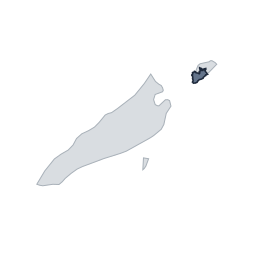 Pante Macassar, Ambeno, East Timor (highlighted), rotated 162°
{"feature_id": "22284137B41915999739632", "entity_name": "Pante Macassar", "entity_type": "district", "adm_level": 2, "iso_a3": "TLS", "parent_name": "East Timor", "parent_adm1": "Ambeno", "projection": "orthographic", "projection_center": [124.394, -9.27], "detail": "fine", "context": "in_parent", "style": "filled", "palette": "slate", "viewbox_px": 256, "rotation_deg": 162, "n_neighbors": 0, "source": "geoboundaries", "source_scale": "gbopen_adm2", "svg_char_len": 3857}
<svg xmlns="http://www.w3.org/2000/svg" viewBox="0 0 256 256"><g transform="rotate(162 128 128)"><path d="M89.7,172.3L87.5,163.8L85.2,160.2L83.3,158.2L82.7,155.6L82.8,153.0L83.9,151.8L91.8,151.5L94.9,147.1L94.9,141.9L93.3,140.2L91.8,139.5L83.7,143.3L81.4,142.6L80.0,141.2L80.4,135.5L87.1,130.1L92.8,120.3L96.8,116.5L106.1,112.8L109.8,111.8L136.8,106.5L143.2,106.2L160.3,106.4L183.2,105.4L188.9,104.7L196.2,102.4L203.3,99.5L207.1,97.2L211.1,95.6L216.9,97.7L226.9,99.4L229.6,100.8L232.1,102.7L220.4,112.9L207.6,121.3L199.8,123.8L191.7,125.5L185.5,128.8L180.2,133.9L173.6,136.8L166.1,137.7L159.6,139.2L153.8,142.2L145.7,147.4L142.4,147.9L138.9,147.7L132.2,149.7L111.4,157.1L98.7,165.3L89.7,172.3ZM23.9,161.2L34.3,155.7L49.9,151.4L49.6,154.6L47.9,159.5L45.6,161.7L42.0,165.9L39.6,166.8L30.2,165.9L29.0,166.5L27.4,166.1L25.0,163.4L23.9,161.2ZM126.8,83.7L122.5,94.8L117.9,92.4L122.8,86.2L125.2,84.4L126.8,83.7Z" fill="#d9dde1" stroke="#a8b0b8" stroke-width="1"/><path d="M41.3,163.2L41.4,162.9L41.3,162.7L41.5,162.4L41.5,162.2L41.5,161.7L41.5,161.4L41.4,161.3L41.1,161.2L41.1,160.9L41.0,160.7L40.9,160.6L40.8,160.4L41.0,160.2L40.9,160.1L41.0,159.9L41.3,159.8L41.6,160.0L41.8,160.0L42.0,160.0L42.4,159.9L42.5,159.9L42.8,159.7L42.9,159.4L42.8,159.0L42.8,158.9L42.7,158.7L42.6,158.3L42.6,158.2L42.8,158.0L43.2,157.9L43.3,157.9L43.2,157.8L43.3,157.7L43.5,157.6L43.5,157.8L43.5,158.0L43.8,158.4L43.9,158.5L44.0,158.5L44.2,158.4L44.4,158.4L44.5,158.4L44.7,158.6L45.1,159.0L45.5,159.1L45.8,159.2L45.9,159.4L46.0,159.4L46.2,159.5L46.1,159.8L46.1,160.0L46.2,160.3L46.5,160.3L46.5,160.5L46.8,160.5L46.9,160.8L47.0,160.9L47.2,161.0L47.3,161.1L47.5,161.0L47.7,160.9L47.8,160.9L47.8,161.0L48.0,160.8L48.3,160.8L48.5,160.8L48.7,160.7L48.8,160.6L49.0,160.6L49.3,160.6L49.4,160.8L49.6,160.7L49.5,160.3L49.6,160.2L49.6,159.9L49.6,159.7L49.8,159.4L50.0,159.2L50.1,158.9L50.3,159.0L50.6,159.1L50.7,158.9L50.9,158.8L51.0,158.6L51.1,158.3L51.1,158.2L50.9,157.9L50.8,157.6L50.7,157.5L50.6,157.4L50.7,157.2L50.6,156.7L50.6,156.4L50.7,156.2L50.8,156.0L50.9,155.9L51.0,155.7L51.1,155.3L51.3,155.3L51.3,155.2L51.2,154.8L51.3,154.8L51.3,154.7L51.4,154.4L51.3,154.2L51.4,153.9L51.3,153.7L51.4,153.4L51.4,153.2L51.4,152.8L51.5,152.7L51.7,152.4L51.8,152.3L52.0,152.3L52.0,152.2L52.3,152.0L52.4,151.9L52.2,151.8L52.2,151.7L52.3,151.6L52.2,151.5L52.2,151.3L52.2,151.2L52.1,150.8L52.1,150.7L52.0,150.4L51.9,150.4L51.7,150.4L51.4,150.3L50.9,150.2L50.6,150.1L50.2,149.9L49.8,150.0L49.6,150.1L49.3,150.0L48.9,150.0L48.6,150.0L48.4,150.2L48.2,150.2L48.2,150.3L47.9,150.3L47.7,150.5L47.3,150.9L47.2,151.0L47.0,151.3L46.9,151.3L46.7,151.3L46.7,151.2L46.5,151.3L46.4,151.4L46.2,151.6L45.9,151.7L45.7,151.7L45.5,151.8L45.3,151.9L45.2,152.0L44.9,151.9L44.6,151.9L44.3,152.0L43.9,151.8L43.5,151.8L43.4,151.8L43.0,151.8L42.7,151.8L42.3,152.0L41.9,152.1L41.7,152.0L41.3,152.0L41.2,152.1L41.0,152.3L40.9,152.7L40.7,152.9L40.4,153.0L40.1,153.1L39.4,153.4L39.1,153.6L38.6,153.7L38.3,153.8L38.2,153.8L38.2,154.0L38.0,154.3L37.8,154.4L37.7,154.5L37.6,154.4L37.3,154.3L37.1,154.4L36.8,154.3L36.7,154.4L36.5,154.5L36.3,154.5L36.2,154.5L35.9,154.5L35.7,154.5L35.8,154.7L35.9,154.8L36.0,154.9L36.1,155.2L36.2,155.3L36.1,155.6L36.2,156.0L36.2,156.3L36.3,156.6L36.5,156.8L36.7,157.2L36.7,157.3L36.8,157.5L37.0,157.8L37.0,158.0L37.0,158.3L37.0,158.5L36.9,158.6L36.9,158.8L37.1,158.9L37.1,159.0L36.9,159.0L36.7,159.2L36.6,159.3L36.4,159.3L36.2,159.4L36.0,159.5L35.9,159.6L35.8,159.9L35.7,160.2L35.6,160.6L36.6,160.7L36.8,160.5L37.0,160.6L37.3,160.3L37.4,160.2L37.5,159.9L38.0,160.4L38.1,160.7L38.3,160.9L38.5,160.9L38.6,160.6L38.7,160.1L38.9,159.7L39.0,159.6L39.4,159.7L39.5,159.7L39.6,159.9L39.8,160.1L40.0,160.2L40.1,160.4L40.1,160.6L40.1,160.9L40.1,161.2L40.0,161.3L39.8,161.5L39.9,162.0L40.0,162.2L40.6,162.6L40.8,162.7L41.0,162.9L41.1,163.0L41.3,163.2Z" fill="#64748b" stroke="#1e293b" stroke-width="1.5"/></g></svg>